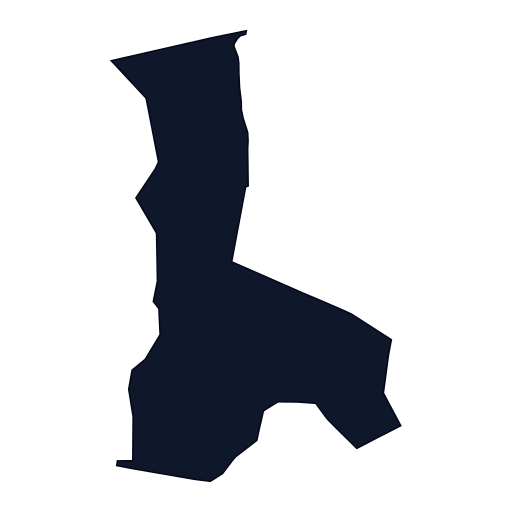 Isaías Coelho, Piauí, Brazil (Robinson projection)
{"feature_id": "56859067B49584523794073", "entity_name": "Isaías Coelho", "entity_type": "district", "adm_level": 2, "iso_a3": "BRA", "parent_name": "Brazil", "parent_adm1": "Piauí", "projection": "robinson", "projection_center": [-41.638, -7.616], "detail": "fine", "context": "isolated", "style": "filled", "palette": "ink", "viewbox_px": 512, "rotation_deg": 0, "n_neighbors": 0, "source": "geoboundaries", "source_scale": "gbopen_adm2", "svg_char_len": 1103}
<svg xmlns="http://www.w3.org/2000/svg" viewBox="0 0 512 512"><path d="M117.4,460.9L116.7,465.6L133.5,468.8L194.9,479.4L210.4,481.3L215.3,478.2L222.7,473.4L232.8,460.0L235.6,456.8L256.8,440.4L260.0,425.7L261.0,421.8L263.4,411.0L266.5,408.9L278.0,401.8L285.0,401.9L296.6,402.0L300.1,402.2L315.7,403.3L322.6,412.7L325.6,416.8L328.1,419.9L336.8,428.7L356.8,448.4L369.1,442.0L372.2,440.4L376.5,438.1L400.8,425.7L390.0,405.5L383.4,393.0L388.6,354.4L391.4,339.7L376.4,330.1L354.2,315.8L351.9,314.3L345.1,311.1L327.6,303.5L301.7,292.5L231.7,261.8L245.7,186.9L248.2,186.0L247.7,149.0L248.1,140.6L247.9,136.6L247.7,132.5L243.2,118.2L241.4,109.9L241.3,101.8L239.6,87.6L238.9,73.1L238.8,62.9L238.0,56.9L233.8,45.8L234.6,43.1L237.5,38.6L240.3,35.8L245.7,34.3L246.4,30.7L211.6,37.8L111.2,60.7L146.1,98.2L149.7,116.5L153.7,137.2L158.5,162.0L155.2,169.0L135.9,197.9L156.5,233.1L156.7,241.7L157.1,263.1L157.4,281.1L153.3,301.4L158.9,308.7L159.2,316.5L160.1,334.6L145.2,359.3L140.1,363.5L132.1,370.1L128.7,389.2L132.0,410.0L133.1,416.4L132.8,460.7L117.4,460.9Z" fill="#0f172a" stroke="#020617" stroke-width="1.5"/></svg>